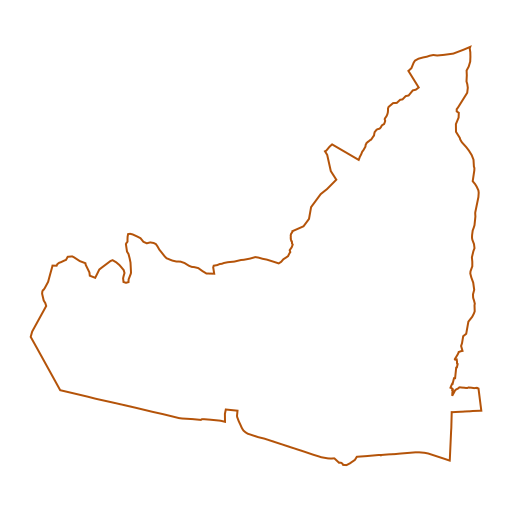 outline of Lugasu De Jos, Bihor, Romania
{"feature_id": "2599482B52490919803078", "entity_name": "Lugasu De Jos", "entity_type": "district", "adm_level": 2, "iso_a3": "ROU", "parent_name": "Romania", "parent_adm1": "Bihor", "projection": "orthographic", "projection_center": [22.33, 47.093], "detail": "fine", "context": "isolated", "style": "outline", "palette": "amber", "viewbox_px": 512, "rotation_deg": 0, "n_neighbors": 0, "source": "geoboundaries", "source_scale": "gbopen_adm2", "svg_char_len": 5464}
<svg xmlns="http://www.w3.org/2000/svg" viewBox="0 0 512 512"><path d="M449.7,460.6L449.8,459.6L450.0,455.3L451.1,431.2L451.3,428.1L451.7,413.0L451.7,412.1L452.2,412.1L453.9,412.1L457.5,411.9L463.8,411.6L464.6,411.5L469.1,411.3L469.7,411.3L471.8,411.1L472.6,411.0L481.3,410.7L478.5,388.6L478.1,388.5L477.7,388.1L477.2,388.1L477.2,387.9L476.8,387.8L474.7,388.1L473.9,388.1L471.3,387.7L470.5,387.6L469.7,387.7L468.9,387.4L467.2,388.0L465.4,387.9L464.1,387.7L462.2,387.6L459.7,387.3L459.0,387.6L458.4,388.3L455.9,389.6L455.0,390.5L454.0,392.5L453.1,394.1L452.2,395.8L452.4,392.5L452.5,391.7L452.8,390.0L452.2,389.9L452.5,388.8L451.5,388.1L450.5,387.7L451.1,386.1L451.5,385.2L451.9,384.4L452.2,383.7L452.6,383.8L454.0,378.2L455.1,378.2L456.2,367.6L456.9,367.4L457.3,365.5L457.6,364.6L457.6,364.1L457.4,364.1L457.1,363.7L457.0,363.2L457.0,362.6L457.0,361.6L456.7,359.5L455.5,359.7L454.9,359.5L454.8,359.2L457.7,354.4L458.3,353.2L458.7,352.0L459.6,351.7L461.0,351.2L462.5,350.9L461.1,346.0L462.0,343.3L463.2,336.2L466.2,333.8L468.4,321.6L472.2,316.8L473.9,313.5L474.7,311.3L474.5,305.3L474.8,303.7L474.0,300.4L473.4,298.7L473.1,297.4L473.0,294.3L474.2,289.8L473.2,282.6L471.3,277.4L470.3,273.5L470.5,271.3L472.3,266.3L472.3,261.8L471.9,257.3L473.4,251.1L474.5,248.2L474.0,244.1L472.4,239.9L472.1,238.5L472.0,237.3L472.1,235.0L472.7,230.5L473.7,227.8L474.5,225.2L474.6,224.2L475.4,216.6L475.2,213.1L475.3,212.2L478.4,197.1L478.7,192.7L478.4,190.4L476.7,186.7L475.1,184.1L472.7,181.2L474.3,170.5L474.4,168.1L473.9,166.5L473.5,159.7L471.7,155.1L468.9,150.6L466.3,147.2L463.5,144.1L461.9,142.3L461.2,141.2L460.2,139.4L459.8,137.9L456.0,131.8L455.9,124.1L458.6,117.6L458.8,112.8L456.7,111.4L456.7,109.2L458.0,107.5L467.2,92.8L467.8,87.8L467.3,84.2L466.5,81.4L466.8,75.3L466.6,70.5L468.7,66.6L470.2,61.6L470.4,57.0L470.3,52.0L470.1,51.1L470.0,50.2L469.7,48.4L469.9,47.8L470.2,46.9L463.6,49.7L453.3,53.6L443.7,54.9L440.4,55.2L437.2,55.5L433.3,55.0L429.8,55.7L426.9,56.7L423.3,57.4L418.5,58.7L415.0,60.6L413.7,62.6L411.4,68.2L408.4,70.9L418.7,87.5L415.8,89.7L412.8,90.4L408.6,95.5L405.7,96.1L402.5,99.4L400.1,99.8L396.8,102.9L393.1,103.1L388.6,106.9L388.0,108.5L388.0,109.7L388.0,110.7L387.8,112.6L387.3,114.4L386.5,116.2L384.9,118.5L384.7,119.2L385.2,120.9L384.7,122.5L384.1,124.0L382.0,125.3L381.4,126.2L380.9,127.2L380.0,128.3L379.2,128.8L378.3,129.0L377.6,129.2L376.6,129.7L375.4,131.2L374.7,132.0L374.3,133.6L374.0,135.6L373.5,136.1L371.5,139.1L370.9,139.8L370.4,139.9L368.0,141.9L367.7,141.9L367.1,142.6L366.4,143.2L366.2,143.9L365.7,144.7L365.4,146.7L363.2,150.5L362.3,151.5L361.1,154.5L359.8,156.9L359.6,157.5L358.7,159.9L332.1,144.4L330.4,145.9L329.1,147.2L327.5,149.2L326.2,150.7L325.0,151.3L327.2,154.9L330.8,171.1L336.3,179.7L326.9,189.2L324.2,191.3L320.7,194.1L311.1,207.1L309.0,218.9L305.6,223.5L303.5,226.3L296.5,229.4L292.4,231.2L292.5,231.6L291.8,232.8L291.1,233.8L290.7,235.3L290.8,236.4L290.7,237.5L290.9,238.3L290.7,238.8L291.1,240.3L291.3,240.5L291.6,241.0L291.5,241.3L291.9,241.7L292.0,242.7L292.0,243.4L292.7,244.6L291.7,247.3L289.7,250.2L290.3,252.1L289.4,253.4L288.7,254.8L288.1,256.1L286.4,257.3L283.3,259.3L281.2,261.8L278.7,263.4L273.5,261.7L266.8,259.6L262.6,258.8L258.5,257.6L255.3,257.1L250.0,258.6L243.7,259.8L241.0,260.0L234.3,261.6L227.9,262.2L223.9,263.0L221.8,263.8L219.8,264.0L217.2,265.1L213.7,265.7L213.2,267.4L214.2,273.7L206.4,273.5L203.8,271.9L202.6,271.2L198.3,268.1L194.2,267.1L191.8,266.9L189.0,265.8L184.5,263.0L180.4,261.6L176.3,261.5L172.4,260.6L169.6,259.5L168.5,259.0L166.6,258.3L164.7,256.4L161.4,252.2L159.3,249.6L157.5,246.4L155.9,244.1L153.7,243.0L150.2,242.4L146.8,243.3L143.4,241.8L140.5,238.2L137.4,236.6L132.6,234.4L130.1,233.8L128.1,234.1L127.6,236.7L127.5,239.1L127.5,241.6L127.0,242.4L126.5,242.9L125.9,244.1L127.0,251.6L128.5,254.0L129.6,258.2L130.5,262.6L130.8,268.4L131.0,272.5L130.8,273.7L128.6,279.4L128.5,282.1L126.0,282.8L123.5,282.0L123.1,278.3L123.6,276.1L124.5,273.0L123.7,270.1L121.3,267.2L119.4,265.0L116.2,262.3L112.6,260.2L110.5,261.0L107.6,263.2L101.6,267.7L99.3,269.5L97.7,272.8L95.2,277.8L89.8,275.7L89.4,272.4L85.7,264.8L85.4,263.2L79.8,261.1L74.0,257.3L72.2,256.4L67.7,256.8L66.0,259.9L64.7,260.4L60.9,262.2L59.1,262.8L57.4,264.1L56.8,265.2L56.6,265.7L52.5,265.6L52.4,266.2L50.2,274.1L48.1,281.9L44.7,288.2L43.6,289.8L42.8,290.3L42.3,291.7L42.1,293.7L43.7,300.5L45.3,303.1L46.2,306.0L32.2,331.5L31.9,332.5L30.7,336.9L37.4,348.9L60.2,390.2L72.6,393.1L87.8,396.7L95.1,398.6L97.7,399.2L112.2,402.4L135.0,407.6L152.8,411.9L162.8,414.1L172.6,416.5L179.0,418.1L182.1,418.5L192.5,419.1L200.9,419.9L201.4,419.5L202.0,419.2L204.0,419.2L210.3,419.7L214.4,420.1L218.5,420.5L219.6,420.6L221.4,420.9L222.5,421.2L223.1,421.3L224.5,421.7L225.0,421.8L224.9,413.9L225.8,409.5L237.5,410.7L237.0,415.9L237.2,417.1L238.7,421.1L240.8,425.6L241.6,427.5L242.5,429.1L243.5,430.6L245.5,432.3L247.7,433.7L258.0,437.1L264.3,438.6L276.2,442.5L290.2,447.1L303.8,451.5L312.3,454.4L313.5,454.8L319.1,456.5L321.1,457.2L322.8,457.5L328.0,458.4L329.8,458.5L332.2,458.5L333.3,458.4L334.4,458.4L335.7,459.6L339.1,462.8L339.8,462.6L341.4,462.9L342.5,463.8L343.1,464.9L346.5,465.1L350.2,463.2L351.5,462.2L352.9,461.3L354.9,459.9L355.9,458.3L356.8,456.8L357.8,456.7L366.5,456.1L378.6,455.0L380.8,455.0L380.9,455.3L381.0,455.3L381.2,455.0L384.8,454.7L388.4,454.4L395.0,454.1L399.8,453.6L409.8,452.8L415.7,452.3L417.2,452.3L418.9,452.3L424.6,452.8L428.2,453.5L444.7,458.9L449.7,460.6Z" fill="none" stroke="#b45309" stroke-width="2"/></svg>